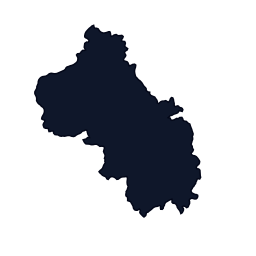 the district of Crisólita, Minas Gerais, Brazil, rotated 226°
{"feature_id": "56859067B35092176760180", "entity_name": "Crisólita", "entity_type": "district", "adm_level": 2, "iso_a3": "BRA", "parent_name": "Brazil", "parent_adm1": "Minas Gerais", "projection": "mercator", "projection_center": [-40.971, -17.242], "detail": "fine", "context": "isolated", "style": "filled", "palette": "ink", "viewbox_px": 256, "rotation_deg": 226, "n_neighbors": 0, "source": "geoboundaries", "source_scale": "gbopen_adm2", "svg_char_len": 5158}
<svg xmlns="http://www.w3.org/2000/svg" viewBox="0 0 256 256"><g transform="rotate(226 128 128)"><path d="M64.6,75.9L63.3,76.6L62.2,77.8L62.0,79.9L60.1,79.6L59.2,78.0L58.0,77.5L56.2,77.5L54.3,77.5L52.9,77.7L52.7,79.9L53.5,81.2L54.4,82.5L53.6,83.8L53.6,85.1L53.4,86.6L53.2,88.4L53.2,90.1L53.0,91.6L52.4,93.2L51.3,94.7L50.3,96.9L48.8,97.1L48.1,95.9L46.8,95.1L45.7,96.2L45.8,97.6L46.7,98.7L47.1,100.4L47.9,101.5L48.4,103.4L47.9,105.5L47.3,108.1L46.3,110.1L45.0,109.2L44.1,108.1L42.6,108.1L41.4,109.2L40.0,109.6L38.1,109.2L36.5,108.3L34.5,108.0L33.2,107.9L31.6,107.5L29.7,106.6L29.4,108.1L29.9,109.7L30.5,111.0L31.6,111.9L33.6,112.2L33.4,113.7L31.9,114.6L29.9,114.9L29.5,116.5L30.2,117.9L30.9,119.8L32.3,121.2L33.5,121.7L33.9,123.4L33.1,125.2L30.9,126.5L29.7,127.7L29.6,129.2L30.2,130.5L31.2,131.4L32.4,131.1L33.6,130.1L35.1,129.5L36.9,128.9L38.6,129.3L39.7,130.5L39.8,131.9L40.4,133.3L40.4,135.0L40.9,136.4L41.1,138.0L42.1,139.5L42.4,140.7L43.2,142.0L42.9,143.2L41.5,144.1L42.1,146.0L43.6,146.9L45.0,148.1L46.4,149.3L47.7,150.4L49.4,150.4L50.9,149.2L52.2,149.7L52.9,151.4L52.7,153.7L53.2,155.1L54.3,156.4L56.4,156.9L57.9,157.1L59.9,157.2L61.6,156.7L63.2,155.5L64.7,155.3L66.3,156.0L66.1,157.9L66.9,159.9L68.9,160.4L70.1,161.4L71.3,161.8L72.6,162.0L73.1,163.3L74.1,164.9L75.0,166.7L76.1,167.7L77.2,168.2L77.7,169.5L78.5,170.7L80.1,171.5L81.6,172.2L82.8,172.9L84.6,173.6L86.4,174.4L87.9,175.2L89.5,174.6L90.9,174.6L92.4,174.5L93.8,173.2L95.6,173.1L96.7,173.8L98.2,174.1L99.6,172.5L99.8,170.6L101.1,169.7L101.5,168.1L101.9,166.7L103.0,164.9L104.3,164.5L105.8,165.2L107.5,164.1L107.6,166.8L106.6,168.5L106.2,170.4L105.1,172.6L104.4,174.4L104.9,176.9L103.5,177.8L102.3,178.5L103.0,180.1L104.4,180.6L105.8,180.2L106.8,179.3L108.7,179.5L109.7,178.8L110.1,177.5L110.9,176.6L112.4,177.1L113.6,178.3L115.5,179.4L117.0,180.5L118.6,181.1L119.7,180.4L119.5,178.6L118.5,176.8L118.6,174.9L120.1,174.5L121.4,174.2L122.4,172.5L123.6,171.2L124.2,169.5L124.2,167.1L125.8,166.5L126.7,167.5L128.1,168.1L130.3,168.4L131.7,168.7L133.5,167.9L135.7,167.0L137.6,167.3L138.7,168.5L140.1,167.4L142.3,167.1L143.6,168.3L144.9,168.6L146.3,168.5L147.7,168.6L149.3,169.0L151.3,169.4L153.9,169.4L155.3,169.0L156.8,169.1L158.1,169.2L159.5,169.1L160.9,169.8L162.6,170.8L164.1,171.9L165.0,172.9L165.7,173.9L166.5,175.5L167.9,177.3L169.3,177.1L170.5,175.5L170.9,173.8L171.9,172.1L173.7,172.7L175.0,173.3L176.4,173.3L177.8,172.5L179.2,171.7L180.6,172.5L181.1,174.2L181.2,175.7L181.9,177.0L183.6,177.4L185.2,178.3L185.1,179.9L184.7,181.5L185.3,182.9L186.9,182.6L189.0,182.3L190.1,183.9L190.9,185.1L192.5,185.7L193.9,184.5L195.3,183.8L196.2,185.3L196.5,186.9L197.2,188.1L198.9,187.9L200.1,186.3L201.4,184.9L203.5,184.4L204.6,182.5L204.8,180.9L205.6,179.5L207.3,180.3L208.5,181.3L209.9,181.8L210.7,180.9L211.5,179.1L212.5,177.3L213.7,176.0L215.7,175.1L217.3,174.9L218.6,175.1L220.2,175.4L221.8,174.5L223.0,173.3L224.2,173.7L225.7,174.6L226.4,172.9L226.4,171.0L226.6,169.4L226.5,167.0L226.3,164.7L225.7,162.9L224.6,161.2L223.6,160.2L222.4,160.2L221.0,160.8L219.7,161.0L217.8,160.8L217.3,159.0L218.6,157.9L218.9,155.7L217.6,154.0L216.5,152.6L215.3,152.2L213.6,151.7L214.1,150.5L215.3,149.4L215.4,147.4L214.9,145.9L215.3,144.7L216.5,143.2L216.3,141.7L214.8,141.2L213.3,140.8L212.1,139.5L211.1,138.0L210.9,136.3L211.1,134.6L211.3,133.1L212.0,131.2L212.9,129.6L213.5,128.0L214.3,126.5L214.3,125.1L213.8,123.9L213.8,122.2L214.4,120.6L215.0,118.9L215.7,117.0L216.6,114.7L217.8,113.1L218.8,112.2L219.8,111.5L220.8,110.7L221.7,109.0L221.8,107.0L222.2,105.2L223.2,103.7L224.3,102.2L224.8,100.8L224.9,99.1L224.6,97.3L223.8,95.8L222.4,94.3L221.8,92.8L221.1,91.2L220.0,90.1L219.6,88.9L219.2,87.5L218.7,86.1L217.3,84.8L215.4,84.2L213.9,83.7L212.5,82.7L211.1,81.2L208.8,80.6L206.9,80.6L205.3,81.0L203.8,80.8L202.2,81.2L200.8,81.1L199.2,80.5L197.6,79.0L196.6,77.2L196.1,75.4L195.5,73.6L194.5,72.2L192.9,72.7L191.5,73.5L190.3,72.4L190.0,70.6L189.2,69.1L187.8,68.4L186.6,67.9L185.1,68.5L183.9,69.6L182.9,70.4L181.9,69.6L180.3,68.7L179.3,69.9L178.9,71.2L177.4,72.1L175.9,70.9L174.0,70.9L172.7,72.0L171.5,73.0L169.9,73.3L168.4,74.3L167.5,75.7L166.4,76.4L165.7,77.4L164.7,79.1L163.3,80.7L161.3,81.7L159.6,83.0L159.0,84.4L158.9,85.9L158.4,87.7L157.6,89.5L157.3,91.1L157.5,92.9L156.5,94.5L156.1,96.1L154.7,96.8L153.0,95.7L151.1,94.7L149.3,94.3L147.9,93.7L149.3,92.2L149.0,90.7L149.8,89.2L150.7,87.5L149.1,87.0L147.6,86.6L145.8,86.7L144.7,87.7L143.2,89.1L141.6,89.9L140.3,91.3L139.3,92.9L138.0,94.2L136.2,94.8L134.4,95.0L133.3,96.4L131.7,97.7L130.1,97.4L129.2,95.9L128.1,94.1L126.4,93.4L124.6,92.9L123.3,91.5L122.5,89.9L121.0,89.6L120.3,88.3L118.9,87.7L118.5,86.3L118.1,84.7L117.3,83.1L116.7,81.7L116.6,79.9L116.8,78.6L116.7,76.8L115.1,76.6L113.8,76.8L111.9,76.8L110.5,77.2L109.3,77.8L107.8,78.1L106.1,77.5L104.8,78.0L105.0,79.7L105.0,81.7L103.6,83.2L102.0,84.0L100.4,84.3L98.8,84.3L98.0,85.4L97.8,87.1L97.4,89.0L96.5,90.3L95.3,91.7L94.1,93.4L92.4,92.9L91.3,91.7L90.3,90.4L89.2,89.3L87.7,88.2L85.9,87.7L85.0,86.1L84.0,84.3L83.6,82.5L82.6,81.7L81.9,80.5L80.6,79.4L78.6,79.6L77.2,78.5L76.0,77.3L74.8,77.9L73.3,78.7L71.4,78.2L70.1,77.9L68.1,77.3L66.4,76.2L64.6,75.9Z" fill="#0f172a" stroke="#020617" stroke-width="1.5"/></g></svg>